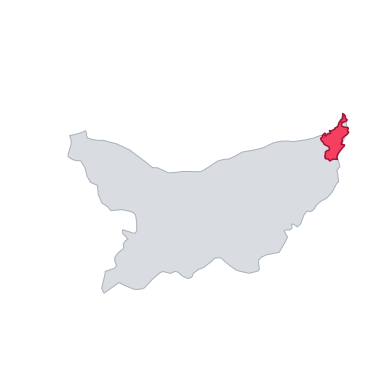 location of Briceni within Moldova, rotated 110°
{"feature_id": "MDA-1613", "entity_name": "Briceni", "entity_type": "District", "adm_level": 1, "iso_a3": "MDA", "parent_name": "Moldova", "parent_adm1": "", "projection": "robinson", "projection_center": [26.94, 48.261], "detail": "fine", "context": "in_parent", "style": "filled", "palette": "rose", "viewbox_px": 384, "rotation_deg": 110, "n_neighbors": 0, "source": "natural_earth", "source_scale": "10m", "svg_char_len": 2980}
<svg xmlns="http://www.w3.org/2000/svg" viewBox="0 0 384 384"><g transform="rotate(110 192 192)"><path d="M66.9,77.1L68.5,74.0L83.0,65.8L86.8,67.1L94.4,67.5L109.9,67.2L117.5,61.7L122.2,63.3L126.1,60.8L132.4,57.7L133.4,58.4L134.2,58.9L144.1,60.2L151.5,63.2L156.5,67.7L161.7,70.5L167.0,71.6L169.9,73.9L170.5,77.3L175.5,79.0L184.8,79.0L188.8,81.2L187.4,85.8L188.3,87.3L191.7,85.7L194.2,87.1L195.5,90.5L197.0,92.1L201.7,86.8L206.8,87.3L218.9,89.5L225.5,100.5L229.6,104.5L233.2,106.1L237.6,104.3L241.6,102.3L243.9,103.3L248.9,110.5L250.1,120.1L250.2,123.9L248.5,130.4L246.1,137.3L244.1,141.8L245.0,145.4L246.8,148.4L249.7,149.4L259.2,155.5L262.8,159.7L268.0,162.9L271.9,163.0L273.9,164.8L274.7,166.9L274.2,172.4L272.1,177.5L272.4,180.7L275.9,184.6L276.3,189.1L276.6,192.0L278.5,194.2L287.2,199.2L298.5,204.0L301.5,208.1L303.3,213.3L302.9,222.1L302.2,229.7L317.1,240.0L315.5,241.9L313.3,244.0L299.2,245.6L296.3,246.4L290.1,238.7L286.8,237.7L283.9,240.5L280.4,242.1L276.1,241.3L271.5,239.0L269.2,237.3L267.3,237.1L264.5,238.8L260.7,238.0L258.2,236.1L254.7,242.7L252.5,244.1L251.1,243.9L250.7,232.7L249.7,231.0L246.8,230.8L240.0,233.4L233.5,236.8L231.3,239.9L231.6,245.4L232.6,251.9L237.2,261.9L234.7,266.2L233.1,273.1L226.1,279.4L218.2,283.1L217.6,290.6L213.3,295.8L205.8,300.9L200.8,307.2L202.1,311.4L202.4,315.4L201.6,318.2L201.4,320.3L199.4,321.2L187.9,322.0L184.6,323.3L180.9,326.3L177.3,320.6L173.6,315.7L170.9,313.1L172.0,311.9L174.9,310.5L177.0,308.8L176.7,303.0L175.1,296.2L173.7,293.0L173.5,287.9L172.5,279.9L173.8,265.2L179.4,246.7L182.6,237.5L181.0,232.4L182.1,220.7L179.6,214.9L175.7,207.3L170.0,190.7L163.0,185.0L154.4,178.7L150.8,173.9L148.3,168.6L143.2,163.4L137.4,158.6L130.4,146.6L126.7,141.2L125.6,139.8L117.7,132.1L113.5,125.1L111.4,119.4L110.1,114.2L104.5,103.7L99.5,95.9L94.7,90.3L92.4,86.4L86.8,81.4L78.8,77.4L73.6,76.7L66.9,77.1Z" fill="#d9dde1" stroke="#a8b0b8" stroke-width="1"/><path d="M74.2,77.1L73.5,76.9L71.8,75.7L70.2,75.8L66.9,77.1L66.9,76.4L67.4,75.0L68.2,74.0L70.5,72.7L70.8,71.6L71.2,70.8L72.6,71.3L73.6,72.2L74.3,73.3L75.2,74.2L76.5,74.7L77.9,74.6L78.7,74.0L79.0,72.9L79.0,71.2L78.6,69.5L78.2,68.4L78.1,67.6L78.9,66.8L79.3,66.7L80.4,67.1L80.9,67.1L81.5,66.6L81.7,66.0L82.0,65.4L82.7,65.2L85.1,66.1L87.4,67.7L89.8,69.0L92.5,68.6L93.1,68.0L93.6,68.0L94.1,68.3L94.9,68.2L95.7,68.4L96.1,68.2L96.0,67.7L95.8,67.2L95.8,66.9L95.8,66.3L95.6,65.5L95.6,64.9L96.4,64.7L97.2,64.8L98.6,65.6L106.2,68.0L108.5,68.1L111.2,67.0L111.5,66.6L111.7,66.8L112.8,70.7L115.7,73.2L114.5,75.1L115.0,78.0L113.2,79.4L110.9,79.6L108.9,80.3L106.9,79.3L106.1,77.7L104.4,77.5L102.7,78.9L102.4,81.5L102.0,84.1L100.5,85.6L99.4,88.0L97.8,89.3L97.2,89.3L96.8,88.8L96.2,88.4L95.6,88.1L94.7,88.8L93.4,88.4L91.4,87.4L91.4,86.8L92.8,86.8L93.6,86.1L93.6,85.3L91.2,84.6L90.7,83.6L90.3,82.6L89.4,81.9L88.8,82.5L88.0,83.4L87.3,83.7L87.0,82.2L86.6,81.6L83.6,79.0L82.9,79.4L81.2,77.7L80.0,77.2L77.1,77.7L75.8,77.4L75.0,76.1L74.2,77.1Z" fill="#f43f5e" stroke="#9f1239" stroke-width="1.5"/></g></svg>